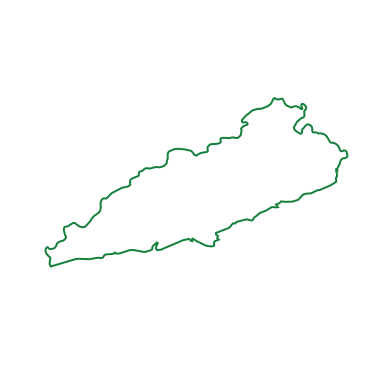 SVG path tracing the border of Asturias, rotated 159°
{"feature_id": "ESP-5805", "entity_name": "Asturias", "entity_type": "Autonomous Community", "adm_level": 1, "iso_a3": "ESP", "parent_name": "Spain", "parent_adm1": "", "projection": "natural_earth1", "projection_center": [-6.051, 43.278], "detail": "fine", "context": "isolated", "style": "outline", "palette": "green", "viewbox_px": 384, "rotation_deg": 159, "n_neighbors": 0, "source": "natural_earth", "source_scale": "10m", "svg_char_len": 4678}
<svg xmlns="http://www.w3.org/2000/svg" viewBox="0 0 384 384"><g transform="rotate(159 192 192)"><path d="M48.3,160.9L48.5,161.6L49.3,161.6L50.0,159.2L50.3,156.7L51.0,154.6L52.6,153.5L53.7,149.9L60.6,148.5L72.3,148.1L74.1,148.7L81.2,148.1L86.1,149.5L89.2,149.8L95.8,146.6L101.9,147.1L108.0,149.2L112.3,151.3L113.6,150.5L114.9,150.2L118.0,150.2L117.7,149.5L117.4,147.8L117.2,147.1L118.9,147.4L121.7,148.9L123.4,149.3L129.5,148.1L135.7,148.1L137.4,147.8L140.5,146.5L143.4,145.8L144.1,145.0L145.0,144.3L146.6,144.0L150.4,146.6L151.9,147.1L161.2,148.1L163.0,147.1L164.9,148.0L166.7,147.2L168.5,146.0L170.4,145.2L184.2,145.2L184.8,143.8L184.1,142.7L183.5,141.5L185.0,139.9L184.8,139.4L184.5,138.3L184.2,137.9L188.1,137.9L189.5,137.2L190.0,135.3L190.8,133.9L192.7,134.0L196.6,135.8L199.1,137.8L205.7,145.0L207.9,148.1L208.7,148.1L209.3,146.0L210.3,146.6L211.7,149.3L217.8,150.2L241.9,149.3L245.5,150.2L245.9,152.3L244.3,154.7L242.3,156.5L243.1,157.5L244.3,156.8L246.8,156.0L248.1,155.4L248.9,154.5L249.3,153.4L249.9,152.7L251.7,152.4L256.7,152.8L258.6,153.4L267.2,158.7L271.3,160.1L281.6,160.6L284.4,161.3L285.7,163.2L287.1,162.4L295.5,164.7L296.5,164.4L298.2,163.0L299.6,162.7L300.8,163.1L303.6,164.4L312.0,166.1L321.8,170.3L324.2,171.0L350.6,173.1L350.5,174.1L350.7,175.9L349.7,178.0L348.2,180.4L347.8,181.4L348.1,182.3L348.6,182.9L349.7,185.6L350.1,187.7L349.9,189.2L349.5,190.5L348.8,191.4L347.9,192.1L347.0,192.3L346.3,191.8L345.6,190.1L344.8,189.5L342.6,189.0L341.3,188.9L340.1,189.1L338.3,190.2L337.5,191.0L337.0,191.9L336.4,192.3L335.3,192.8L332.8,193.0L331.6,193.0L330.5,192.8L329.3,192.9L328.1,193.2L326.6,194.0L325.9,194.9L325.7,195.9L326.0,198.0L325.7,199.0L325.6,200.0L325.5,201.2L325.2,202.6L324.4,204.2L323.4,204.9L322.3,204.9L320.1,204.5L318.9,204.7L317.8,205.1L314.2,205.6L312.8,205.4L309.5,200.2L307.1,198.4L306.0,198.1L304.8,197.9L303.6,198.1L297.3,201.3L295.4,202.9L291.7,204.8L287.2,205.9L285.2,206.9L284.1,207.9L282.9,210.0L282.4,211.0L282.2,212.1L281.3,214.5L280.4,215.9L278.6,217.5L277.2,217.7L276.0,217.4L274.8,216.7L273.7,216.8L267.4,219.7L256.0,221.0L249.6,220.1L248.0,220.4L247.0,221.0L246.1,224.3L245.1,225.4L244.0,225.8L242.7,226.1L236.2,226.2L235.5,226.9L235.2,227.9L234.7,228.8L234.1,229.6L233.1,229.7L230.9,229.5L228.1,230.6L226.8,230.7L225.6,230.4L224.5,229.9L223.5,229.2L220.9,228.7L219.2,228.7L216.6,228.2L213.2,226.6L211.5,226.4L208.5,226.5L206.7,227.1L205.5,227.8L204.9,228.7L204.5,229.6L203.8,230.6L203.0,231.5L202.5,232.4L202.1,233.3L202.0,233.7L201.9,234.1L201.6,234.9L201.2,235.8L200.7,236.7L199.7,237.7L198.4,238.1L196.5,238.3L191.8,238.2L190.6,237.8L189.6,237.2L186.5,236.1L185.9,235.4L184.6,235.0L182.9,234.1L181.5,232.9L178.6,231.2L177.9,230.4L177.4,229.4L177.1,228.3L176.6,226.1L176.0,225.2L174.7,224.5L171.2,225.2L169.6,225.2L163.7,224.1L162.6,224.5L162.3,225.4L162.1,226.4L161.7,227.6L161.0,228.6L158.6,229.7L157.0,229.8L155.5,229.4L152.2,228.2L149.3,227.7L147.7,228.0L147.0,228.8L146.7,230.9L146.1,231.6L145.2,231.7L142.9,231.2L137.6,228.8L136.1,228.8L133.8,228.2L132.8,227.3L131.7,226.6L129.6,226.1L126.2,227.5L125.5,228.6L125.1,229.6L124.3,230.6L123.7,231.4L123.6,232.3L123.6,233.2L123.1,233.8L122.2,234.3L119.7,235.0L116.3,235.1L115.7,235.7L115.6,236.6L116.2,237.4L117.2,238.0L119.3,238.7L120.1,239.3L120.0,240.3L119.5,241.3L113.2,244.5L111.5,244.7L107.2,246.3L105.9,246.5L100.4,246.0L99.6,245.5L98.7,245.2L97.1,244.9L91.5,244.9L89.3,245.3L87.1,245.9L85.9,246.7L84.9,247.6L84.1,248.5L83.2,249.4L81.8,250.1L80.9,249.9L80.2,248.4L78.0,247.4L74.1,246.8L73.5,241.1L73.1,239.5L72.0,238.2L69.3,235.6L68.2,235.2L66.0,235.3L64.8,235.1L63.9,234.7L62.9,233.9L62.6,233.5L60.1,230.2L59.4,230.1L59.1,230.3L59.1,233.2L59.0,233.7L58.8,233.9L58.6,234.2L58.1,234.6L57.6,234.8L56.5,234.2L55.6,232.7L55.0,231.0L55.3,229.3L56.0,228.4L57.0,228.1L58.0,227.5L58.6,226.4L59.0,224.9L59.3,223.9L59.7,223.0L60.2,222.3L60.9,221.9L61.7,221.7L62.9,221.8L64.0,221.7L68.3,220.0L69.3,219.5L73.8,215.8L74.0,214.5L73.7,212.8L71.9,209.9L70.7,208.4L69.7,207.4L68.8,207.5L68.0,208.2L67.5,209.0L67.3,210.0L66.7,210.8L65.8,211.4L64.7,211.8L62.4,213.1L60.4,213.9L59.4,213.6L58.5,212.9L57.8,212.1L57.1,211.0L56.8,209.9L56.9,208.4L57.8,206.2L57.8,205.3L57.8,204.5L57.1,204.0L56.1,203.7L54.2,202.8L52.9,201.2L52.1,201.1L51.2,200.9L48.5,198.9L47.6,198.1L46.9,197.0L46.2,195.4L45.2,189.0L44.4,188.2L43.4,187.6L42.4,187.3L40.8,185.8L40.0,184.6L39.2,183.1L38.9,181.4L38.8,180.0L38.8,178.8L38.7,177.7L38.3,176.8L37.5,176.3L35.5,176.4L33.9,175.6L33.5,174.9L33.3,174.1L33.7,171.0L33.9,170.0L34.6,169.2L36.1,168.8L37.4,168.8L38.6,169.2L39.5,169.2L40.4,169.1L41.3,168.6L42.5,167.5L44.2,165.1L47.8,162.0L48.0,161.8L48.3,160.9Z" fill="none" stroke="#15803d" stroke-width="2"/></g></svg>